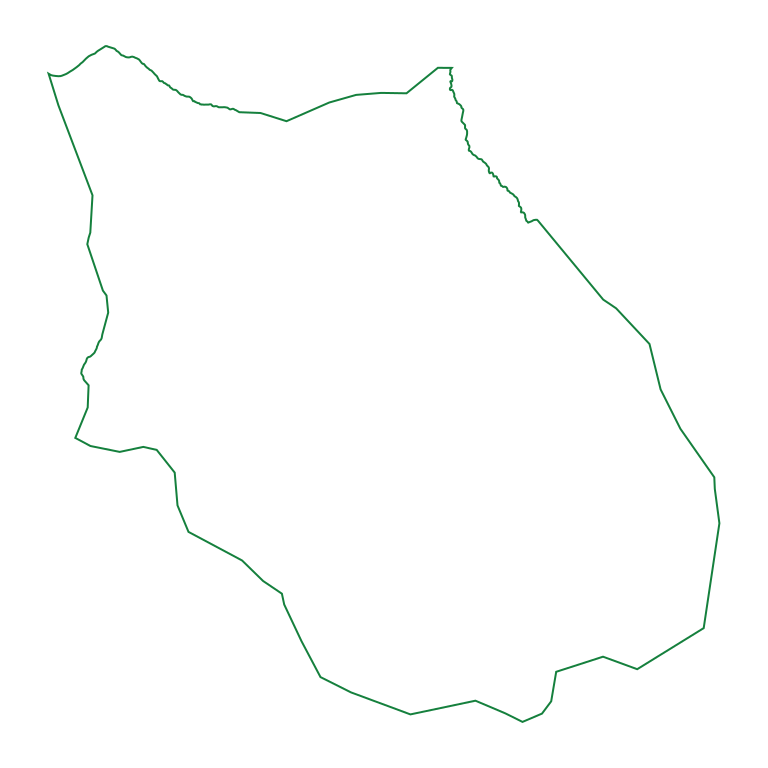 Ider, Dzavhan, Mongolia
{"feature_id": "93677404B17775092905458", "entity_name": "Ider", "entity_type": "district", "adm_level": 2, "iso_a3": "MNG", "parent_name": "Mongolia", "parent_adm1": "Dzavhan", "projection": "orthographic", "projection_center": [97.467, 48.187], "detail": "fine", "context": "isolated", "style": "outline", "palette": "green", "viewbox_px": 768, "rotation_deg": 0, "n_neighbors": 0, "source": "geoboundaries", "source_scale": "gbopen_adm2", "svg_char_len": 5838}
<svg xmlns="http://www.w3.org/2000/svg" viewBox="0 0 768 768"><path d="M522.5,721.9L542.0,713.6L551.2,701.3L556.2,671.8L603.0,656.7L637.2,669.2L703.7,628.1L719.4,523.3L714.8,488.9L714.3,477.3L680.4,428.8L660.6,389.4L649.5,344.0L616.1,308.3L603.2,299.6L538.0,220.7L537.0,219.8L535.6,219.8L533.8,220.1L532.5,220.7L531.8,221.2L531.0,221.5L528.2,222.6L527.9,222.4L527.8,222.0L527.5,221.6L527.1,221.3L526.6,221.0L526.3,220.7L525.7,218.7L525.2,217.5L525.2,215.6L525.0,214.5L524.4,213.5L524.1,213.0L523.3,212.5L522.8,212.4L522.2,212.3L521.2,212.4L520.9,211.9L521.3,210.0L521.3,209.0L521.2,208.2L521.0,207.7L520.5,207.1L520.0,206.7L519.2,206.2L518.9,205.9L519.0,204.1L519.0,203.3L518.9,202.6L518.7,202.1L518.4,201.6L518.1,201.2L517.9,200.5L517.6,199.3L517.0,198.1L516.1,197.2L514.9,196.4L514.5,196.2L514.2,195.7L513.8,195.1L512.8,194.1L510.8,193.0L510.1,192.7L509.8,192.3L509.4,191.6L508.8,191.1L508.5,190.8L507.9,190.8L507.5,190.5L507.3,188.8L507.0,188.2L506.6,187.6L506.1,187.1L505.8,187.0L504.9,186.7L504.5,186.7L503.5,186.9L503.0,186.9L502.6,186.5L502.2,186.2L501.7,185.9L501.4,185.9L501.0,185.7L500.8,185.4L500.6,184.6L500.1,183.4L499.8,183.1L499.4,182.9L499.3,182.6L499.3,182.3L499.2,181.8L499.1,180.8L498.5,179.8L497.1,178.4L497.0,177.9L496.9,177.1L496.5,176.6L496.1,176.4L495.5,176.3L494.8,176.3L494.4,176.5L494.1,176.5L493.6,176.4L493.5,176.1L493.4,175.3L493.0,173.9L492.7,173.4L492.3,172.8L491.9,172.6L491.2,172.6L490.8,172.6L490.1,173.2L489.7,173.2L489.4,172.9L489.2,172.4L489.0,171.8L488.8,171.0L488.8,169.9L489.0,168.8L488.9,168.0L488.7,167.4L488.4,166.9L487.1,165.6L486.8,165.2L486.2,164.0L485.6,163.4L484.9,162.8L483.3,161.7L482.9,161.4L482.6,160.7L481.9,159.7L481.6,159.4L481.0,159.2L480.2,159.1L479.1,159.0L478.3,158.7L477.8,158.4L477.2,157.7L476.5,156.7L475.9,156.2L475.3,155.6L473.6,154.9L472.8,154.3L472.5,154.0L471.3,152.1L470.8,151.5L470.2,151.1L469.4,150.8L468.9,150.6L468.8,150.2L468.8,149.5L469.0,148.7L469.4,147.4L469.4,146.6L469.3,145.9L469.1,145.6L468.7,145.1L468.4,144.8L468.1,144.2L467.9,143.4L467.8,142.7L467.6,141.6L467.2,141.1L466.2,140.2L465.9,140.0L465.7,139.7L465.7,139.3L466.2,137.8L466.6,136.3L466.9,135.2L467.1,133.8L467.1,132.5L467.1,131.3L466.8,130.2L466.5,129.7L465.5,128.8L465.2,128.5L465.1,128.2L465.0,127.7L465.1,126.9L465.0,125.9L465.1,125.7L464.9,124.8L463.9,123.8L462.6,122.5L461.9,121.8L461.6,121.4L461.4,120.6L461.5,119.6L462.1,116.8L462.8,113.1L463.3,110.9L463.3,109.8L463.1,109.3L462.8,108.9L461.7,108.0L461.4,107.5L461.4,106.8L461.2,106.2L460.8,105.6L460.2,105.0L459.3,104.2L457.9,103.5L457.3,103.3L457.0,103.1L456.7,101.7L456.5,101.1L455.6,100.0L455.3,98.7L454.5,97.2L454.2,96.7L454.2,96.1L454.3,95.6L454.3,94.9L454.3,94.3L454.2,93.7L454.0,93.2L453.6,92.5L453.3,91.6L453.0,90.9L452.6,90.2L452.1,89.9L451.6,89.9L451.1,90.1L450.7,90.1L450.3,90.0L450.0,89.6L449.9,89.3L449.9,88.7L450.1,88.0L450.6,87.5L451.3,86.9L451.4,86.7L451.5,86.2L451.5,85.4L451.1,83.6L450.6,82.4L450.4,81.8L450.4,81.5L450.6,81.2L451.1,81.3L451.3,81.4L451.8,81.4L452.2,81.0L452.3,80.5L452.4,79.9L452.2,78.9L451.9,77.9L451.8,76.1L451.6,75.6L450.2,74.7L449.9,74.2L450.0,73.7L450.3,72.5L450.4,71.7L450.4,71.2L450.3,70.6L450.3,70.0L450.6,69.4L451.8,67.9L437.9,67.8L406.5,93.3L381.2,92.9L356.1,94.9L329.3,102.5L286.5,121.2L260.5,113.0L239.3,112.2L235.8,110.1L234.9,109.8L233.5,108.9L232.8,108.8L232.2,108.9L231.6,109.1L230.8,109.3L230.1,109.4L229.6,109.2L228.2,108.2L227.5,107.7L226.5,107.5L224.8,107.2L219.0,107.3L218.0,106.9L217.2,106.4L216.6,106.2L215.8,106.1L213.9,106.4L212.5,106.0L211.9,105.2L211.1,104.4L210.4,104.3L209.9,104.3L208.5,104.6L205.7,104.6L203.8,104.7L202.9,104.5L201.7,104.6L201.3,104.4L200.9,104.3L200.2,104.3L199.9,104.0L199.4,103.4L198.9,103.2L197.7,103.0L195.5,102.0L195.1,101.9L194.5,101.2L193.9,101.1L193.2,101.2L192.9,100.9L191.9,99.0L191.5,98.4L191.0,97.9L190.3,97.3L189.2,96.7L188.0,96.6L186.8,96.6L185.7,96.3L184.4,95.8L183.6,95.2L182.9,94.9L182.1,94.8L181.5,94.8L180.5,94.4L178.2,92.2L177.3,91.1L176.5,90.4L175.7,89.9L173.5,89.7L172.9,89.5L171.5,88.2L170.5,87.6L170.1,87.2L169.5,86.1L169.2,85.7L168.9,85.4L168.0,85.4L167.3,85.0L166.8,84.4L166.0,84.0L165.7,83.7L165.4,83.4L164.4,83.1L163.8,82.8L163.4,82.3L162.9,81.7L162.2,81.2L161.6,81.2L160.2,81.2L159.6,81.0L159.2,80.6L158.1,78.6L157.0,76.3L156.7,76.0L154.7,74.1L153.5,72.7L151.5,70.6L150.4,70.1L149.7,69.8L149.4,69.5L149.1,69.2L148.7,68.8L148.2,68.4L147.4,67.9L145.7,66.3L144.1,64.2L143.6,63.9L143.0,63.9L142.4,63.6L141.7,63.0L139.7,60.3L139.0,59.5L137.0,58.4L134.9,57.6L134.0,57.1L132.6,56.7L131.8,56.7L130.8,56.9L130.1,57.2L129.6,57.3L129.0,57.4L128.3,57.4L127.0,57.3L125.8,57.0L123.2,55.6L121.8,55.3L121.1,54.9L118.9,52.4L117.8,51.5L116.8,51.0L116.5,50.8L115.9,50.0L114.7,48.8L114.0,48.5L108.1,46.7L107.0,46.2L106.3,46.1L105.8,46.1L105.1,46.3L104.1,47.0L99.8,49.7L98.0,50.8L96.7,51.8L95.4,53.1L94.8,53.6L93.7,54.0L91.5,54.8L88.7,56.3L86.0,58.6L82.6,62.1L80.5,63.7L79.3,65.0L76.7,67.1L72.7,70.0L70.0,71.6L67.6,73.2L65.9,74.1L61.9,75.7L60.4,76.1L58.4,76.2L55.9,76.0L52.9,75.6L51.0,75.1L48.6,73.7L58.4,105.3L92.5,195.3L90.3,232.6L88.7,237.6L87.3,244.2L102.9,290.6L106.5,295.5L108.2,312.6L102.3,334.5L101.7,338.0L101.1,339.4L99.2,341.5L98.6,342.6L97.5,345.7L97.0,346.5L96.9,347.2L96.8,347.9L96.4,348.9L95.1,351.3L94.6,352.5L93.7,353.5L90.6,356.3L90.1,356.6L89.6,356.8L88.7,357.0L88.2,357.2L87.3,358.0L86.9,358.6L86.1,361.3L85.8,362.0L85.3,362.9L84.0,364.7L82.8,367.7L82.4,368.6L81.9,369.4L81.7,369.9L81.7,370.7L81.6,371.4L81.4,372.2L81.3,373.0L81.3,373.6L81.6,374.1L83.0,376.2L83.3,376.8L83.4,378.1L83.5,378.8L83.7,379.4L84.2,380.3L85.7,382.0L88.6,385.3L87.7,407.5L75.3,437.9L90.4,446.0L119.7,451.9L143.3,446.9L156.7,449.9L174.7,472.6L177.5,505.4L188.5,531.9L242.1,560.5L263.1,581.0L281.9,593.7L284.2,604.5L301.5,641.2L320.5,677.1L351.0,692.4L410.4,714.4L475.4,700.7L505.4,713.4L522.5,721.9Z" fill="none" stroke="#15803d" stroke-width="2"/></svg>